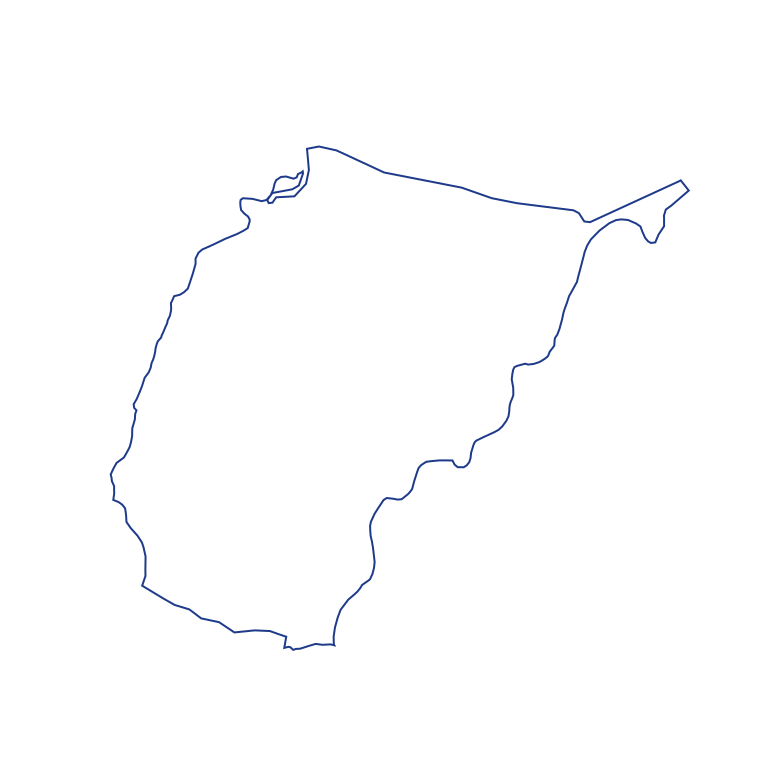 Jablah, Lattakia, Syria, rotated 107°
{"feature_id": "27442178B5090378365720", "entity_name": "Jablah", "entity_type": "district", "adm_level": 2, "iso_a3": "SYR", "parent_name": "Syria", "parent_adm1": "Lattakia", "projection": "robinson", "projection_center": [36.065, 35.345], "detail": "fine", "context": "isolated", "style": "outline", "palette": "blue", "viewbox_px": 768, "rotation_deg": 107, "n_neighbors": 0, "source": "geoboundaries", "source_scale": "gbopen_adm2", "svg_char_len": 3694}
<svg xmlns="http://www.w3.org/2000/svg" viewBox="0 0 768 768"><g transform="rotate(107 384 384)"><path d="M648.4,355.1L647.5,355.9L640.3,358.3L631.2,359.7L620.9,360.0L612.6,359.5L600.6,355.1L594.2,351.0L590.5,348.8L586.0,347.0L584.3,346.6L582.6,346.2L580.7,344.7L577.0,341.8L575.3,340.6L574.8,340.3L569.1,339.5L562.7,339.8L557.0,340.9L544.8,346.2L538.3,349.4L533.3,352.3L528.0,354.4L523.4,355.9L519.3,356.2L510.6,355.0L503.8,353.1L499.5,351.8L495.1,350.5L492.2,348.0L491.5,344.1L491.1,342.1L490.5,337.0L489.0,333.4L481.9,328.6L479.3,327.5L476.3,326.4L468.3,326.7L459.3,326.6L454.4,326.4L452.8,325.7L451.7,325.2L450.6,324.7L448.7,323.1L446.1,320.9L444.0,316.4L440.8,308.5L437.1,296.2L440.5,292.8L442.0,289.2L440.3,283.4L437.6,281.1L433.8,279.6L429.3,279.6L424.3,280.6L420.9,280.6L416.0,280.6L413.0,280.2L411.1,279.1L405.6,273.2L397.8,264.4L394.4,261.1L390.0,258.5L383.6,256.3L378.7,255.5L373.7,256.2L369.6,257.2L366.9,257.6L363.9,257.6L360.1,257.2L356.7,257.1L349.9,259.3L342.2,263.2L336.9,264.2L332.4,264.6L329.7,264.2L327.5,261.6L324.4,256.7L323.3,254.8L323.3,251.9L321.1,246.8L317.5,241.7L313.0,237.7L309.6,235.4L307.0,235.1L304.7,235.0L301.0,233.6L297.6,232.4L291.5,233.8L289.6,233.8L286.2,232.7L280.2,232.3L270.0,232.6L263.5,233.2L259.4,233.2L253.0,232.8L245.8,232.7L240.9,231.6L233.7,230.1L230.0,229.3L225.8,229.6L209.5,230.2L208.2,230.3L207.5,230.3L206.7,230.3L204.8,230.4L199.1,230.7L192.3,230.2L185.2,228.4L174.3,222.8L164.7,215.8L164.2,215.4L159.4,210.0L157.2,205.2L155.8,198.6L156.8,189.9L158.4,184.8L163.0,181.3L168.0,176.9L170.3,173.3L171.1,170.1L169.3,166.0L160.7,165.1L151.2,162.3L142.4,165.0L141.5,165.5L138.1,165.5L134.8,165.5L129.5,161.5L128.6,160.9L119.4,155.1L109.9,149.1L108.3,151.4L105.4,155.6L102.5,159.8L103.3,160.5L169.0,234.3L170.0,240.0L163.6,247.6L162.5,253.7L166.2,274.9L172.2,309.6L174.8,335.3L173.5,367.1L181.7,445.7L174.5,497.8L175.7,512.7L175.9,515.6L181.6,526.4L193.1,521.7L201.3,518.4L215.4,517.1L230.7,524.5L237.0,541.7L243.2,543.7L244.7,547.2L242.1,549.4L234.0,546.6L224.6,528.6L219.1,523.5L206.3,523.0L204.4,523.9L206.1,525.0L208.3,527.6L211.9,527.9L214.1,530.5L214.2,537.5L214.2,538.3L216.1,543.0L220.5,546.7L224.2,547.2L230.6,546.8L236.6,547.6L242.4,550.2L244.9,554.4L245.4,563.9L247.6,573.2L249.8,574.9L252.2,574.6L255.8,573.3L259.4,571.5L261.8,567.6L262.8,565.1L263.5,563.1L265.9,560.6L268.0,560.0L270.8,560.0L274.7,559.9L278.4,563.1L283.3,568.1L291.7,578.4L301.2,588.7L308.5,597.1L312.7,599.8L319.1,600.9L324.3,599.3L334.3,599.1L344.0,599.3L350.1,599.5L354.7,602.1L358.3,605.3L359.7,607.6L361.4,610.4L363.2,610.6L366.0,610.9L369.0,611.4L373.7,609.7L376.4,609.1L381.3,608.7L386.8,609.5L389.0,609.1L393.4,609.7L398.6,610.2L402.6,610.8L404.7,610.7L409.3,612.8L412.0,613.0L416.5,612.9L419.9,612.3L424.1,611.9L428.1,611.9L432.0,612.4L436.7,611.9L441.6,612.4L448.0,614.7L457.1,614.8L463.2,615.3L470.7,616.1L476.5,617.5L479.8,616.0L481.6,613.0L485.3,613.2L490.7,611.9L496.5,611.8L499.8,611.8L507.7,609.6L514.0,608.9L518.6,608.8L523.1,609.6L530.3,611.2L537.7,616.7L544.4,618.1L550.4,618.9L553.4,617.1L556.5,615.8L560.6,612.2L564.0,611.2L567.6,610.0L574.0,609.0L574.5,603.3L575.9,599.1L578.6,595.2L584.6,592.4L591.3,589.9L595.9,584.0L601.2,575.3L606.3,569.2L610.5,566.2L618.6,561.6L630.7,558.1L637.3,556.0L647.6,556.3L647.7,555.7L648.5,552.7L653.4,533.2L653.7,532.0L656.5,519.6L656.5,504.2L661.6,490.3L660.0,472.1L663.8,459.4L665.0,455.5L665.3,454.4L661.8,446.1L659.9,441.5L658.8,439.0L657.3,435.2L653.6,420.8L653.8,417.3L653.9,414.2L654.0,413.1L654.3,403.6L665.5,402.2L663.3,398.6L663.1,396.6L664.8,393.1L663.1,390.8L661.7,386.9L656.4,379.2L655.7,378.2L652.5,373.3L651.4,366.6L648.6,358.9L648.4,355.1Z" fill="none" stroke="#1e3a8a" stroke-width="2"/></g></svg>